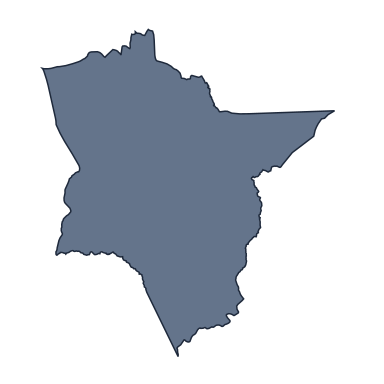 outline of Thma Puok, Bântéay Méanchey, Cambodia, rotated 178°
{"feature_id": "14789045B61404286718051", "entity_name": "Thma Puok", "entity_type": "district", "adm_level": 2, "iso_a3": "KHM", "parent_name": "Cambodia", "parent_adm1": "Bântéay Méanchey", "projection": "robinson", "projection_center": [103.024, 14.034], "detail": "fine", "context": "isolated", "style": "filled", "palette": "slate", "viewbox_px": 384, "rotation_deg": 178, "n_neighbors": 0, "source": "geoboundaries", "source_scale": "gbopen_adm2", "svg_char_len": 6075}
<svg xmlns="http://www.w3.org/2000/svg" viewBox="0 0 384 384"><g transform="rotate(178 192 192)"><path d="M325.4,264.0L321.8,255.4L317.6,247.1L310.5,234.6L303.9,222.2L303.4,219.7L303.7,217.5L304.6,216.1L305.3,216.2L307.8,215.2L308.9,214.0L311.4,212.4L311.9,211.1L314.1,209.4L314.6,207.6L315.7,205.0L318.7,199.0L318.9,197.8L318.9,195.5L320.1,190.6L320.1,187.9L319.7,186.3L319.0,185.1L314.5,180.0L313.7,177.4L313.9,176.4L316.3,173.7L318.2,172.6L320.7,170.3L321.5,169.3L321.8,168.0L322.7,166.8L323.3,164.1L323.3,161.5L323.9,160.2L324.0,157.8L323.6,156.5L323.0,155.0L323.1,154.0L325.5,150.7L326.7,148.1L328.7,140.9L328.9,139.3L329.4,137.9L330.0,137.1L330.1,135.6L330.0,134.2L329.3,133.6L328.8,133.8L328.0,134.6L327.2,135.1L326.3,135.3L325.7,136.2L324.7,136.2L322.8,135.8L322.0,135.3L321.0,135.3L320.3,134.3L319.6,135.3L317.2,135.9L315.7,136.9L314.4,137.4L313.3,137.6L312.7,137.5L312.2,136.9L311.2,136.7L309.7,137.1L308.4,136.7L307.1,136.8L306.2,136.3L305.1,135.1L304.0,135.0L303.0,134.5L302.4,133.5L299.3,132.5L298.5,132.9L296.8,133.0L295.6,135.4L294.8,135.8L294.1,135.5L291.7,132.9L290.5,132.8L289.1,133.1L287.7,133.8L286.2,133.5L285.8,134.9L284.7,135.4L284.0,135.3L282.9,134.6L280.4,133.8L279.8,133.8L279.5,133.5L279.6,133.0L278.4,132.5L277.0,132.6L276.9,133.1L276.3,133.0L273.2,134.7L272.6,134.6L272.2,133.7L271.1,133.0L270.5,132.8L268.9,130.6L268.4,130.6L266.8,129.9L265.3,129.6L263.6,129.8L263.5,128.0L263.0,127.2L263.0,126.8L262.2,126.1L260.3,125.6L260.3,125.1L259.9,124.8L259.9,124.2L259.2,123.8L258.4,123.6L256.9,122.5L256.9,121.9L255.7,119.4L255.2,118.9L254.5,118.8L253.4,118.1L252.7,117.2L251.6,117.4L251.2,117.1L250.8,115.9L250.1,115.1L247.6,113.6L247.6,112.9L247.7,112.3L247.6,111.7L246.3,111.9L245.7,111.3L245.0,111.0L244.9,109.9L244.4,108.7L244.5,106.8L244.1,105.6L243.7,105.1L243.7,104.6L243.3,104.0L244.0,102.6L242.9,100.1L243.0,98.9L241.9,98.0L241.4,97.1L241.5,96.1L240.7,93.4L211.6,28.0L211.5,30.4L211.9,32.0L212.0,35.2L212.5,36.5L211.7,37.6L208.6,39.7L205.1,44.5L204.5,44.5L203.2,43.1L201.8,42.4L200.4,42.2L199.3,42.7L197.8,46.3L197.0,47.7L195.7,49.0L194.5,49.5L193.3,50.5L191.1,54.2L190.0,55.3L188.7,55.8L188.1,55.4L187.6,55.4L185.5,55.5L184.4,56.0L183.6,56.1L182.1,54.9L181.3,54.8L179.8,55.1L176.9,56.5L175.7,56.1L174.9,56.3L172.8,57.8L171.7,58.1L169.6,58.1L168.1,57.5L167.1,56.7L166.4,56.6L165.6,56.8L163.9,58.3L161.8,58.9L160.0,59.7L158.8,60.7L158.5,61.4L158.6,62.2L160.8,64.9L161.9,66.9L162.0,67.9L161.5,68.5L159.8,69.1L158.2,69.0L156.5,68.4L154.5,67.1L153.9,67.2L150.0,69.5L149.8,69.9L149.7,70.6L151.1,73.2L151.3,76.5L150.1,78.1L145.6,81.8L144.1,83.4L146.0,86.0L146.9,87.5L147.5,88.8L148.0,90.6L149.0,92.4L148.8,93.8L148.9,95.4L150.1,97.7L151.4,102.1L151.4,103.2L151.1,103.8L151.0,105.1L150.4,106.5L149.7,107.3L149.3,108.2L148.6,108.8L148.3,109.8L146.8,110.7L145.8,112.3L144.9,112.4L144.3,113.0L144.0,113.7L144.1,114.1L142.0,115.3L141.8,116.0L141.4,116.1L140.8,117.4L139.9,121.1L140.4,123.0L140.2,123.5L140.3,125.4L139.9,126.2L140.1,126.7L139.9,128.5L140.3,129.4L140.4,130.0L140.2,130.9L140.3,131.6L140.2,133.2L140.6,133.8L140.3,134.9L139.7,136.0L139.8,136.6L139.6,137.2L139.3,137.6L138.9,137.8L137.9,137.8L137.6,138.1L137.7,139.0L135.6,141.5L133.9,142.8L133.1,144.0L132.6,144.2L131.5,145.3L130.3,145.3L129.5,145.0L129.1,145.8L129.0,147.1L128.7,148.1L127.1,149.0L127.4,149.9L127.3,150.5L126.9,150.8L126.7,151.9L125.6,153.3L124.9,153.8L124.7,154.2L125.1,156.5L124.9,159.8L125.5,162.7L125.0,162.8L125.0,163.5L124.8,164.0L125.7,164.6L125.9,166.4L125.7,166.8L124.7,167.3L124.2,169.5L123.5,170.9L123.9,172.8L123.8,173.8L122.7,175.8L122.8,178.1L123.0,179.2L124.5,181.2L124.6,181.8L124.5,182.4L123.8,183.8L124.0,184.2L125.9,185.2L126.4,185.6L126.6,186.1L126.9,187.9L126.9,188.7L125.8,189.4L125.3,190.3L126.9,192.5L127.4,193.8L127.7,194.2L128.7,194.6L128.9,195.0L128.8,195.6L129.4,196.3L129.7,197.4L129.6,199.2L129.9,200.6L129.8,201.3L131.6,202.3L132.2,203.2L131.8,204.3L131.2,204.4L130.4,205.3L129.3,204.3L128.7,204.4L127.6,205.1L126.0,205.1L125.2,205.6L124.1,207.0L123.5,207.2L123.7,208.2L122.8,209.1L121.8,209.6L120.3,211.8L119.7,211.3L117.9,210.9L115.4,209.4L114.7,209.4L114.0,210.1L112.6,210.4L111.7,213.7L111.0,214.5L108.5,215.0L107.2,214.8L106.2,214.9L103.7,213.6L103.0,213.6L102.2,214.1L100.8,216.0L90.4,227.9L68.4,243.5L66.8,249.4L65.3,252.7L63.4,256.0L60.0,260.5L56.9,261.1L53.4,264.5L46.7,268.2L132.4,268.2L141.4,268.4L149.5,269.4L153.7,271.4L156.2,271.6L160.7,271.2L161.8,271.3L163.3,274.0L164.4,275.3L164.9,275.2L166.6,277.5L167.3,277.5L167.4,278.0L166.7,278.5L166.7,278.9L166.9,279.7L168.0,281.7L168.2,282.9L169.0,284.2L169.2,286.0L169.5,286.4L169.8,286.2L170.3,286.6L170.2,287.6L171.0,289.4L171.0,290.1L170.9,291.0L170.6,291.5L170.7,293.2L170.5,293.7L170.7,294.7L171.8,294.9L171.9,295.3L172.3,295.6L172.6,296.1L172.3,296.6L171.7,296.3L171.6,297.3L172.5,298.3L172.4,298.7L173.2,299.9L173.1,300.2L173.8,300.8L174.4,300.4L174.9,300.4L175.3,301.1L175.7,302.7L176.1,303.1L176.2,303.7L177.4,305.7L178.3,307.5L179.2,307.3L180.0,306.7L181.5,306.4L188.1,308.5L188.9,308.1L189.4,307.3L189.7,305.3L190.7,305.0L192.1,305.1L193.3,304.5L195.7,305.7L198.5,306.1L198.9,306.9L198.9,308.0L199.8,311.2L201.7,313.4L203.4,314.8L205.1,315.4L206.3,316.2L208.4,318.3L212.5,320.9L217.4,322.7L222.4,324.2L223.5,325.4L224.1,327.6L224.4,330.1L224.5,345.2L224.8,350.6L225.8,354.2L228.7,355.0L230.0,356.0L231.4,354.2L233.8,350.1L236.1,350.6L237.8,352.0L239.8,352.5L241.5,352.6L243.1,354.2L243.1,352.3L244.1,351.6L246.4,351.5L246.7,351.7L247.6,348.5L247.8,346.0L248.7,343.0L248.7,338.5L249.2,337.5L250.3,338.1L252.8,340.1L254.4,340.4L256.2,340.3L256.8,339.4L258.1,331.9L258.6,331.9L259.1,333.0L260.5,334.0L261.2,335.1L262.5,336.0L264.1,336.6L266.1,337.1L272.8,331.2L274.2,329.7L275.4,330.5L277.5,333.1L279.3,334.6L281.6,335.5L287.9,335.5L289.7,335.0L290.6,334.1L291.5,332.5L291.7,331.5L294.5,329.1L295.9,328.6L299.0,326.8L300.9,326.1L306.7,324.4L313.7,322.7L320.0,321.9L322.3,321.9L328.3,320.5L331.3,320.2L335.5,320.3L337.3,320.8L336.7,320.1L335.8,317.9L333.5,309.8L332.1,303.7L325.9,270.8L325.5,267.9L325.4,264.0Z" fill="#64748b" stroke="#1e293b" stroke-width="1.5"/></g></svg>